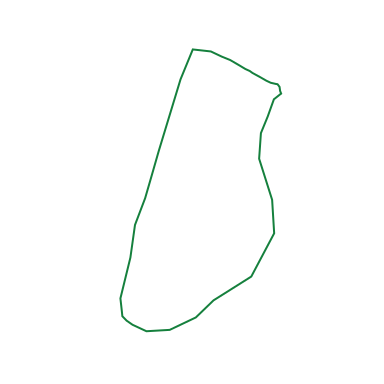 the district of Riche Fond/New Village, Dennery, Saint Lucia, rotated 46°
{"feature_id": "8701671B39379224532007", "entity_name": "Riche Fond/New Village", "entity_type": "district", "adm_level": 2, "iso_a3": "LCA", "parent_name": "Saint Lucia", "parent_adm1": "Dennery", "projection": "equal_earth", "projection_center": [-60.924, 13.937], "detail": "fine", "context": "isolated", "style": "outline", "palette": "green", "viewbox_px": 384, "rotation_deg": 46, "n_neighbors": 0, "source": "geoboundaries", "source_scale": "gbopen_adm2", "svg_char_len": 657}
<svg xmlns="http://www.w3.org/2000/svg" viewBox="0 0 384 384"><g transform="rotate(46 192 192)"><path d="M183.1,59.5L180.5,58.4L177.2,56.0L173.9,55.6L172.4,56.7L168.1,59.5L163.6,61.2L156.7,63.2L148.4,65.8L145.1,66.4L140.5,68.2L134.1,69.9L123.5,72.9L115.4,76.5L104.0,80.8L90.6,91.9L90.0,92.4L91.9,96.7L103.0,122.0L139.5,187.6L153.0,211.0L163.9,230.0L176.1,255.9L190.7,274.6L196.4,281.9L218.8,317.4L228.4,324.8L233.0,328.4L237.7,328.4L239.1,328.4L246.2,327.0L260.5,321.5L275.7,303.8L284.9,276.4L284.9,251.8L294.0,208.1L278.8,161.6L253.3,139.8L214.7,120.6L197.5,101.5L190.3,85.1L182.2,68.7L183.1,59.5Z" fill="none" stroke="#15803d" stroke-width="2"/></g></svg>